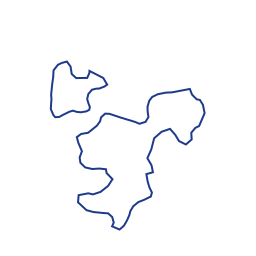 Dalseong-gun, North Gyeongsang, South Korea, rotated 334°
{"feature_id": "91817680B33489673734556", "entity_name": "Dalseong-gun", "entity_type": "district", "adm_level": 2, "iso_a3": "KOR", "parent_name": "South Korea", "parent_adm1": "North Gyeongsang", "projection": "robinson", "projection_center": [128.491, 35.771], "detail": "fine", "context": "isolated", "style": "outline", "palette": "blue", "viewbox_px": 256, "rotation_deg": 334, "n_neighbors": 0, "source": "geoboundaries", "source_scale": "gbopen_adm2", "svg_char_len": 1529}
<svg xmlns="http://www.w3.org/2000/svg" viewBox="0 0 256 256"><g transform="rotate(334 128 128)"><path d="M200.7,120.0L183.3,115.3L177.5,112.8L169.6,110.7L165.4,110.7L163.3,110.7L159.1,112.8L158.6,113.3L154.9,117.4L152.8,122.0L151.2,127.1L146.4,130.2L140.1,129.2L137.0,125.6L126.4,115.8L117.5,107.1L113.8,105.1L109.5,106.3L108.5,106.6L105.9,109.7L101.1,112.3L90.1,114.8L83.2,112.8L78.0,113.8L76.9,119.4L76.4,128.7L71.6,133.3L70.0,138.4L72.2,144.6L77.9,149.2L84.3,151.8L90.1,155.4L89.0,159.0L91.6,167.2L84.8,171.3L75.3,173.4L67.4,172.3L63.7,169.3L54.2,166.7L50.5,172.9L54.7,183.7L60.0,188.3L67.4,192.9L72.7,196.0L74.8,201.1L73.7,206.8L70.6,209.4L75.5,215.1L75.8,215.5L76.9,215.3L81.6,214.0L86.9,210.4L91.1,206.8L93.7,203.7L98.5,200.6L104.8,199.1L110.6,199.6L118.5,199.6L121.2,196.5L121.2,190.9L122.2,184.7L124.3,177.5L131.0,178.7L131.2,178.0L132.8,171.8L132.2,163.6L139.6,157.4L147.0,148.7L156.5,146.1L165.4,147.2L167.5,154.9L168.1,162.1L172.8,168.2L180.2,166.2L182.8,160.0L188.6,157.4L192.8,157.4L203.4,148.2L205.5,140.0L204.9,134.3L202.3,132.3L200.2,126.1L200.7,120.0ZM78.5,56.3L73.5,64.4L72.0,68.2L66.9,77.2L66.6,83.5L67.3,86.4L71.0,87.9L75.3,87.7L82.6,87.7L86.1,88.3L89.1,91.1L92.5,93.2L97.9,94.8L100.6,94.7L101.2,94.6L102.9,92.5L103.3,88.1L104.0,84.1L107.2,80.1L112.4,77.8L116.7,78.7L119.3,79.9L124.9,80.4L128.3,79.9L127.7,72.3L127.7,72.2L118.4,59.8L117.5,61.5L113.3,65.1L103.3,60.4L101.1,54.8L103.3,47.6L102.2,41.5L96.9,40.5L92.7,40.5L86.4,43.5L83.2,49.2L78.5,56.3Z" fill="none" stroke="#1e3a8a" stroke-width="2"/></g></svg>